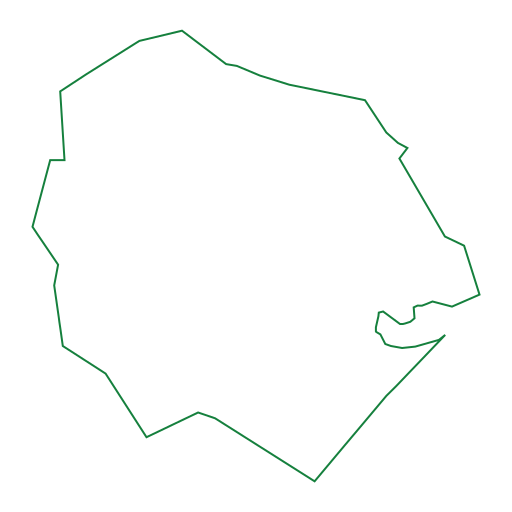 San Miguel Tulancingo, Oaxaca, Mexico
{"feature_id": "50627088B24354653382818", "entity_name": "San Miguel Tulancingo", "entity_type": "district", "adm_level": 2, "iso_a3": "MEX", "parent_name": "Mexico", "parent_adm1": "Oaxaca", "projection": "mercator", "projection_center": [-97.436, 17.752], "detail": "fine", "context": "isolated", "style": "outline", "palette": "green", "viewbox_px": 512, "rotation_deg": 0, "n_neighbors": 0, "source": "geoboundaries", "source_scale": "gbopen_adm2", "svg_char_len": 930}
<svg xmlns="http://www.w3.org/2000/svg" viewBox="0 0 512 512"><path d="M479.5,294.6L475.1,280.6L464.1,245.7L444.9,236.5L399.4,158.5L407.4,148.0L397.9,142.9L386.3,132.5L365.0,100.2L289.3,84.7L260.0,75.6L236.8,65.9L226.1,64.1L182.0,30.7L139.4,40.9L134.4,44.0L86.4,74.2L60.2,91.4L64.5,160.1L50.2,160.1L36.5,211.6L32.5,226.8L37.6,234.5L40.4,238.6L47.0,248.3L58.1,264.7L54.2,285.4L58.8,317.6L59.4,322.2L60.0,326.2L60.5,329.6L62.8,346.0L105.6,373.6L146.5,437.2L198.1,412.5L215.1,418.3L314.6,481.3L344.5,445.6L362.3,424.5L386.4,395.8L396.2,386.1L409.4,372.3L421.1,360.1L445.2,334.9L439.2,339.7L438.9,339.9L415.3,346.6L402.1,348.0L390.9,346.0L385.3,344.0L380.4,334.4L376.2,331.9L375.9,331.3L375.9,327.3L378.4,316.3L378.8,312.6L383.1,311.5L400.0,324.0L402.9,324.0L405.0,323.5L410.3,321.8L414.5,318.3L413.7,307.4L417.5,305.6L421.9,305.7L426.7,303.9L432.5,301.5L452.0,306.6L479.5,294.6Z" fill="none" stroke="#15803d" stroke-width="2"/></svg>